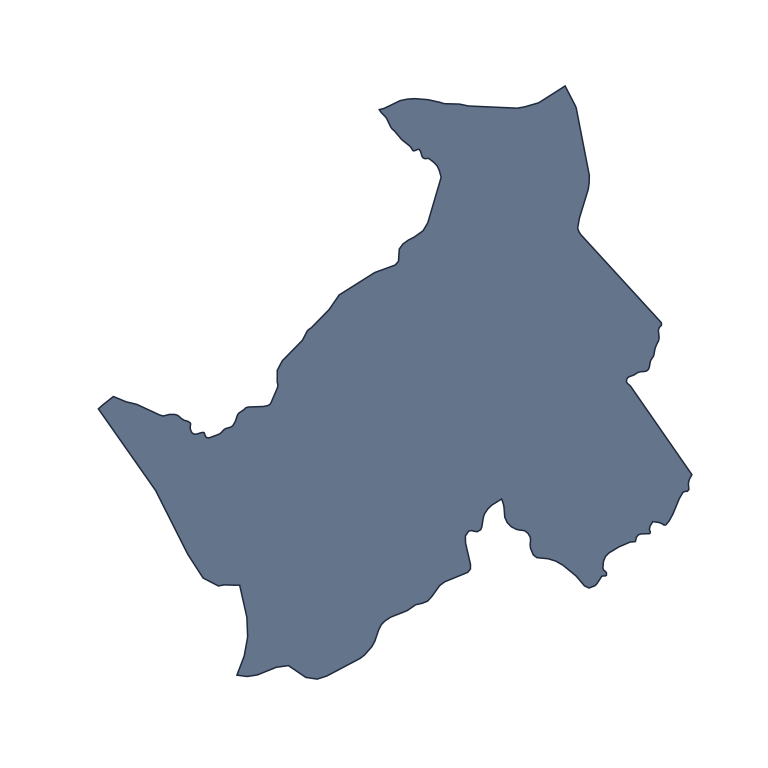 outline of Logone Oriental, rotated 347°
{"feature_id": "TCD-1485", "entity_name": "Logone Oriental", "entity_type": "Prefecture", "adm_level": 1, "iso_a3": "TCD", "parent_name": "Chad", "parent_adm1": "", "projection": "natural_earth1", "projection_center": [16.421, 8.298], "detail": "fine", "context": "isolated", "style": "filled", "palette": "slate", "viewbox_px": 768, "rotation_deg": 347, "n_neighbors": 0, "source": "natural_earth", "source_scale": "10m", "svg_char_len": 3399}
<svg xmlns="http://www.w3.org/2000/svg" viewBox="0 0 768 768"><g transform="rotate(347 384 384)"><path d="M663.6,541.6L660.0,545.7L658.2,549.4L657.3,555.4L655.5,556.8L653.2,556.4L651.0,556.7L646.0,562.1L636.2,575.8L630.9,581.7L626.9,584.7L625.1,584.5L623.6,582.7L620.5,580.7L615.0,578.6L611.2,582.4L609.9,585.4L610.2,588.1L609.3,589.6L600.8,587.9L597.8,588.2L595.4,590.2L593.5,594.1L588.1,593.4L576.1,595.6L565.2,599.2L561.0,601.9L558.0,606.1L555.9,612.5L556.2,614.8L557.4,616.2L558.3,617.8L557.8,620.3L556.8,620.8L553.8,620.3L553.0,620.3L547.0,626.1L546.3,626.7L544.3,628.0L537.9,628.9L534.0,625.9L527.9,614.2L517.6,600.8L511.2,595.0L504.6,591.2L493.9,587.6L491.0,584.1L489.8,577.0L490.3,573.0L491.5,569.7L492.1,566.4L490.7,561.9L488.5,559.0L486.0,557.7L483.4,556.9L480.4,555.5L475.9,551.7L472.9,546.8L471.7,540.9L473.2,531.1L473.3,528.1L473.1,525.2L472.7,522.5L461.7,526.3L456.9,529.2L452.4,533.5L450.6,536.8L447.2,545.2L445.5,547.7L441.7,548.9L438.9,547.9L436.4,546.5L433.4,546.4L429.1,550.4L427.7,557.2L427.7,579.2L426.6,583.7L423.2,586.4L398.6,590.4L392.8,593.0L383.2,601.5L377.6,605.4L371.6,606.3L365.2,606.2L355.7,610.0L338.0,612.7L331.8,615.0L327.2,617.9L323.3,622.7L317.2,632.6L313.1,637.2L304.0,643.7L299.0,646.0L262.4,655.7L252.5,656.5L241.8,652.3L227.5,636.9L215.3,635.8L195.0,639.0L184.8,638.2L175.2,634.6L186.6,617.6L194.2,599.9L197.9,580.6L198.1,547.6L191.9,546.1L183.2,543.8L177.2,543.5L164.1,532.4L154.5,505.8L137.5,436.4L100.1,344.0L104.9,341.3L117.5,335.3L128.5,343.2L138.5,348.2L158.3,363.6L161.6,365.5L168.2,365.4L173.3,366.6L175.6,367.9L177.2,369.7L178.5,371.7L181.0,374.3L184.6,376.3L186.2,377.9L186.7,379.3L185.5,382.2L185.2,384.2L185.4,386.4L186.1,388.7L187.4,389.9L189.0,390.5L190.8,390.6L194.6,390.3L196.8,390.4L197.9,391.1L198.2,394.2L198.9,396.1L200.4,396.9L202.0,397.1L212.4,395.7L213.6,395.2L214.8,394.5L217.1,392.9L218.4,392.2L220.0,391.8L225.1,391.5L226.5,391.0L227.7,390.2L230.7,387.0L233.9,381.8L234.9,380.6L236.0,379.7L241.7,377.5L244.2,376.0L246.6,375.9L261.5,378.8L266.0,378.9L268.0,378.3L269.4,377.2L279.1,364.0L280.2,361.9L280.5,359.9L280.3,358.5L283.1,346.6L290.1,338.5L314.4,323.0L321.1,315.1L323.0,313.9L325.9,312.8L347.4,299.0L360.4,287.1L400.0,273.3L421.6,270.6L425.7,267.7L429.2,256.0L434.0,251.8L440.2,249.2L446.3,247.7L456.5,243.5L462.9,236.8L486.2,195.4L485.9,188.4L484.9,183.6L482.6,179.5L478.6,174.6L477.4,174.0L475.9,173.9L474.4,173.6L472.9,172.4L472.2,170.5L471.9,165.6L471.0,163.3L469.8,163.0L466.2,163.6L464.9,163.3L464.3,162.2L463.3,159.2L462.4,157.7L456.3,150.0L451.0,139.6L450.1,138.5L449.1,137.0L448.2,134.4L446.3,125.8L445.4,123.8L442.5,119.2L441.1,115.6L446.1,115.5L463.5,111.5L471.3,111.7L478.3,112.9L490.7,116.8L501.8,122.1L505.7,124.4L520.4,128.2L528.8,132.1L575.8,145.2L583.0,145.6L598.0,144.8L627.5,134.3L632.8,155.0L633.4,158.2L631.0,226.9L629.1,234.3L626.8,240.3L611.7,266.4L607.7,275.8L608.3,279.8L609.3,282.6L667.9,386.4L667.9,388.4L667.1,389.6L665.8,390.2L664.7,391.2L663.9,392.5L663.3,394.1L662.6,400.1L662.1,401.9L661.4,403.3L660.5,404.6L659.5,405.6L657.7,408.0L656.0,410.6L653.4,416.6L652.6,417.8L649.4,420.8L648.5,422.1L646.6,426.6L645.9,428.0L644.9,429.2L643.7,430.0L642.2,430.4L640.5,430.4L637.1,429.8L635.4,429.8L633.7,430.0L629.4,431.5L624.3,432.1L622.7,432.8L621.6,434.0L620.8,436.2L621.1,437.7L621.9,439.0L622.8,440.1L623.7,441.5L663.6,541.5L663.6,541.6Z" fill="#64748b" stroke="#1e293b" stroke-width="1.5"/></g></svg>